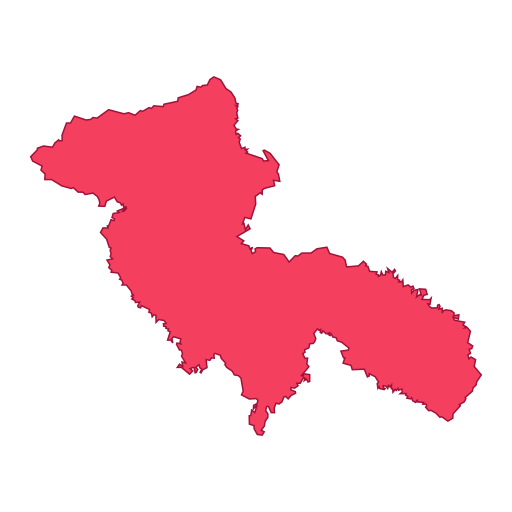 the district of Alfred Nzo, Eastern Cape, South Africa
{"feature_id": "47623444B30321887561170", "entity_name": "Alfred Nzo", "entity_type": "district", "adm_level": 2, "iso_a3": "ZAF", "parent_name": "South Africa", "parent_adm1": "Eastern Cape", "projection": "natural_earth1", "projection_center": [29.551, -30.65], "detail": "fine", "context": "isolated", "style": "filled", "palette": "rose", "viewbox_px": 512, "rotation_deg": 0, "n_neighbors": 0, "source": "geoboundaries", "source_scale": "gbopen_adm2", "svg_char_len": 6085}
<svg xmlns="http://www.w3.org/2000/svg" viewBox="0 0 512 512"><path d="M342.4,257.1L329.6,253.5L326.9,247.2L316.9,248.8L311.1,253.0L301.7,253.1L298.1,256.0L295.2,255.7L289.1,262.0L283.8,254.5L273.6,252.5L270.0,248.0L257.1,247.7L255.0,249.0L255.6,251.7L252.2,253.6L251.0,250.1L252.7,247.3L250.0,248.9L248.8,245.8L241.4,243.6L243.8,240.9L236.9,236.5L250.1,228.8L248.2,225.0L245.4,229.6L243.9,223.3L242.5,223.9L244.8,217.4L250.9,218.9L255.7,204.1L255.3,196.4L260.2,192.8L262.2,194.2L262.3,189.8L264.7,188.3L274.7,185.7L273.5,180.3L279.8,181.3L278.4,174.0L276.8,171.9L279.1,164.8L270.1,153.3L264.3,150.1L263.1,150.7L268.4,160.6L263.6,161.0L262.2,158.6L246.0,153.1L247.6,152.0L246.0,150.6L247.5,149.2L245.0,149.5L245.0,147.3L241.5,148.5L239.2,142.3L240.2,139.0L238.4,137.7L240.6,135.8L237.8,133.3L236.1,134.3L235.7,130.8L238.3,129.4L236.3,129.0L233.9,125.3L237.9,120.7L235.6,118.8L237.9,118.1L236.7,113.0L237.7,110.1L236.7,108.0L237.8,106.9L236.0,105.5L237.7,105.5L238.1,103.7L236.0,103.2L234.9,98.0L231.0,92.0L225.9,88.5L220.7,79.9L213.9,76.9L209.9,79.6L207.3,85.0L202.5,85.5L201.0,87.2L197.1,86.4L196.1,89.9L188.5,94.6L178.2,97.8L177.7,101.3L164.0,104.2L163.2,106.6L153.8,105.8L151.5,108.4L149.0,107.6L142.8,111.3L140.3,110.6L135.1,115.2L128.5,112.7L124.0,113.8L108.6,109.7L97.1,118.1L92.9,117.5L90.9,119.4L86.1,120.0L74.4,116.1L70.5,123.0L66.5,123.0L62.0,135.2L62.2,140.5L59.3,141.0L58.7,139.8L54.9,142.9L52.5,147.2L43.6,146.0L37.4,148.2L37.3,149.9L30.7,156.7L32.7,161.1L42.0,166.0L41.0,170.2L45.1,174.0L44.8,179.6L51.6,179.6L61.8,185.9L71.3,188.5L73.3,187.6L78.1,192.1L83.0,192.2L85.1,194.5L93.0,193.1L97.4,196.5L99.1,199.8L99.8,203.5L98.7,206.1L104.8,206.3L106.4,201.1L114.4,197.1L117.2,201.8L120.2,202.8L121.6,205.2L123.1,204.0L123.6,206.9L126.2,207.0L126.5,208.3L124.5,210.7L121.9,211.8L125.3,207.7L117.3,211.0L119.2,212.5L113.2,213.5L112.0,217.4L114.6,218.9L114.0,220.7L111.1,219.6L108.6,225.9L107.4,225.9L108.1,228.0L103.0,227.9L100.5,232.5L106.6,239.1L109.3,247.4L111.2,248.1L110.1,250.2L111.1,253.6L110.2,256.5L112.6,258.8L107.0,260.1L109.9,264.8L108.8,267.7L111.8,270.3L111.1,272.2L118.0,273.0L120.7,277.7L119.6,279.3L121.7,280.0L123.1,283.2L122.0,285.0L126.4,285.0L131.2,291.0L132.4,295.2L134.2,294.8L131.4,296.2L133.5,297.7L131.8,299.0L135.0,300.7L135.4,302.5L139.7,302.1L137.7,305.9L138.4,307.3L140.6,307.8L141.3,305.6L149.5,309.4L148.9,312.3L151.4,313.1L152.2,316.8L153.9,314.7L155.9,315.4L156.1,322.3L158.7,319.6L164.1,320.5L166.1,323.4L163.4,323.8L163.7,326.2L166.1,326.7L165.9,328.3L168.5,328.9L167.9,330.7L170.2,331.9L167.6,340.1L170.8,340.1L172.8,343.0L171.9,338.5L173.5,336.7L180.8,338.9L180.0,342.3L180.9,343.9L177.0,343.0L176.5,344.3L179.5,350.0L181.3,350.0L182.5,353.6L181.5,356.2L185.6,362.9L182.0,362.0L182.7,366.3L179.5,364.2L177.3,367.4L181.4,367.4L189.6,374.2L192.7,370.9L190.2,368.6L192.7,367.6L194.1,367.6L195.1,372.8L196.1,372.6L197.8,369.4L195.7,367.4L199.0,364.7L199.9,367.8L201.8,369.1L200.1,372.3L201.0,372.9L202.6,369.9L207.0,367.6L206.1,359.6L209.9,360.3L211.6,357.8L214.2,358.2L213.9,354.4L215.0,353.4L220.4,355.3L221.2,358.3L225.6,363.1L224.9,364.6L226.6,367.3L232.3,371.2L234.3,374.9L238.4,375.6L240.9,378.0L243.2,391.1L241.5,394.9L249.3,399.0L256.2,398.6L257.9,400.3L257.1,403.6L253.6,405.3L253.4,408.9L257.2,404.8L254.8,412.5L251.6,410.1L250.9,415.5L249.2,415.8L249.4,424.2L254.0,425.6L254.1,428.8L257.3,434.5L262.2,435.1L264.2,431.8L261.2,430.3L264.4,426.0L265.0,421.7L267.8,417.4L267.9,413.9L265.7,410.6L266.6,406.6L268.4,406.3L271.2,412.6L274.5,412.7L274.2,408.1L276.0,403.2L279.0,404.0L282.0,401.8L283.9,396.9L285.7,396.5L288.2,398.9L291.3,395.3L295.6,393.2L295.3,391.6L290.8,389.8L290.9,387.5L294.7,388.1L298.1,385.7L296.8,383.2L300.2,383.3L303.5,377.7L305.0,378.2L304.3,380.6L306.5,379.1L308.0,382.0L309.7,381.4L309.7,374.6L303.8,373.8L303.1,376.1L301.4,375.6L308.9,366.7L306.8,364.1L307.6,358.1L305.0,358.4L302.7,353.7L305.0,352.3L304.6,349.7L308.9,347.9L309.7,343.8L313.3,343.4L314.7,341.6L315.8,338.7L313.8,333.4L317.5,328.8L319.1,330.4L320.5,329.5L320.3,332.5L321.7,333.2L322.8,330.8L326.1,333.8L330.6,332.5L328.4,334.5L330.1,335.6L331.4,334.2L332.8,337.0L336.3,337.8L337.3,340.8L341.7,342.2L348.9,348.0L348.2,350.1L340.9,351.1L343.5,357.8L344.9,357.8L343.1,363.2L351.0,365.4L352.3,369.7L364.3,369.2L367.4,376.9L369.2,376.0L369.2,373.7L375.2,376.7L378.6,382.2L377.2,383.6L377.9,388.3L379.1,386.8L379.6,388.5L384.2,389.6L385.1,388.6L383.4,387.7L383.2,385.7L386.1,386.2L387.7,388.5L388.5,385.4L389.9,386.9L391.5,384.8L391.3,388.7L392.7,388.9L393.0,392.2L395.2,389.3L396.2,390.5L398.0,388.4L398.6,390.2L401.9,389.1L402.2,392.1L400.2,393.7L406.1,393.6L405.6,395.1L407.8,396.3L406.9,398.2L410.6,398.9L411.6,397.7L412.7,400.8L415.6,402.4L417.5,399.5L417.3,401.9L423.6,402.5L422.7,404.1L426.1,404.1L426.7,405.9L425.6,407.2L428.7,410.7L431.1,410.4L436.0,413.2L439.9,417.3L441.7,416.7L447.9,421.1L452.8,418.2L453.0,413.9L460.3,405.8L459.3,404.6L464.2,401.9L465.9,398.7L465.1,397.6L472.3,391.2L473.1,387.9L476.2,384.8L476.6,381.9L481.3,374.9L474.2,366.5L475.6,359.6L471.0,357.0L468.9,358.8L467.9,354.9L470.5,353.3L469.2,349.2L471.7,348.7L472.7,345.9L467.7,342.7L470.4,331.3L467.2,327.6L464.5,327.9L466.0,326.6L463.0,325.1L464.7,322.2L454.4,320.2L453.2,317.2L458.3,319.1L458.9,314.8L453.8,315.6L454.1,313.0L451.4,310.7L446.1,309.8L443.1,310.9L442.2,313.1L442.2,308.3L438.9,309.1L440.0,306.3L439.1,304.6L437.6,305.2L437.4,307.8L431.6,308.0L429.3,306.4L427.8,303.8L430.0,304.4L431.1,298.1L429.6,299.7L422.0,299.4L423.9,295.3L427.2,294.4L425.7,289.3L419.6,288.9L421.3,295.2L419.6,294.6L416.5,297.0L418.0,289.5L414.0,290.3L411.7,293.2L411.5,289.9L413.9,288.5L413.0,286.1L410.6,287.0L408.2,284.9L403.3,286.6L402.8,279.9L401.6,281.9L398.8,281.9L399.7,280.3L397.6,279.4L397.7,275.5L395.3,278.5L393.6,277.6L392.9,273.9L395.5,270.9L394.5,269.4L392.1,272.3L387.6,268.5L388.9,272.6L385.7,271.3L385.4,274.9L382.8,275.1L381.3,271.7L380.6,275.2L378.5,276.3L378.6,275.0L376.1,274.2L377.0,271.9L369.6,271.3L367.9,266.3L365.6,265.8L366.4,264.1L363.4,261.3L358.4,265.9L346.6,266.9L345.1,260.0L342.4,257.1Z" fill="#f43f5e" stroke="#9f1239" stroke-width="1.5"/></svg>